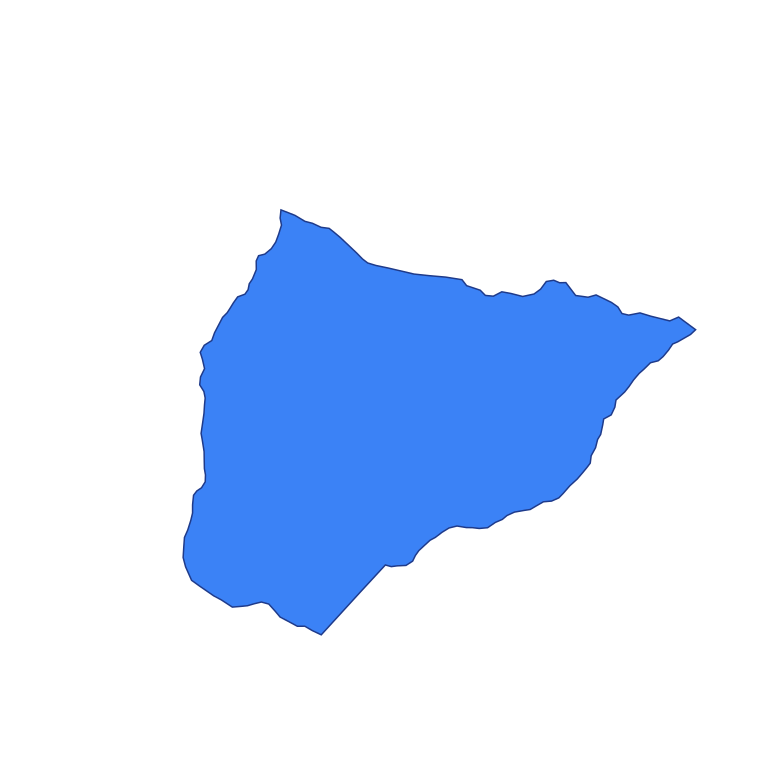 Xambrê, Paraná, Brazil, rotated 140°
{"feature_id": "56859067B85711864918383", "entity_name": "Xambrê", "entity_type": "district", "adm_level": 2, "iso_a3": "BRA", "parent_name": "Brazil", "parent_adm1": "Paraná", "projection": "orthographic", "projection_center": [-53.6, -23.75], "detail": "fine", "context": "isolated", "style": "filled", "palette": "blue", "viewbox_px": 768, "rotation_deg": 140, "n_neighbors": 0, "source": "geoboundaries", "source_scale": "gbopen_adm2", "svg_char_len": 2187}
<svg xmlns="http://www.w3.org/2000/svg" viewBox="0 0 768 768"><g transform="rotate(140 384 384)"><path d="M504.4,526.4L507.2,519.7L511.6,511.1L520.1,507.3L525.7,501.8L526.8,494.0L530.0,488.2L534.9,483.4L540.8,477.2L547.7,471.0L555.9,463.7L558.8,458.6L565.3,447.8L570.2,441.8L576.0,434.6L579.2,429.1L583.8,424.0L590.5,421.8L596.1,422.4L601.4,421.2L608.3,414.5L613.6,408.2L619.7,403.7L628.2,398.3L635.5,394.7L641.9,388.1L649.4,380.2L653.5,371.5L657.6,357.3L655.0,347.1L652.7,338.8L650.6,331.1L647.4,323.2L643.6,310.6L636.1,305.3L631.1,301.9L624.5,299.0L618.1,295.8L613.7,289.5L613.4,279.9L613.4,272.2L609.9,263.7L606.1,254.1L600.4,249.4L597.4,241.1L593.3,232.2L536.2,239.8L499.3,244.5L495.8,239.4L490.9,236.3L483.8,230.9L475.9,229.9L470.1,232.5L464.3,234.0L458.2,234.3L449.1,234.7L443.3,233.5L434.9,233.1L426.7,231.9L419.4,228.3L413.2,221.1L408.6,217.1L403.9,212.1L397.0,207.3L387.7,206.4L380.4,204.2L374.3,204.2L366.4,202.0L357.6,196.9L352.7,193.9L346.6,192.9L337.6,191.3L330.9,186.6L323.3,184.4L317.2,185.0L307.0,186.6L297.1,187.0L288.0,188.5L282.2,189.6L276.9,190.8L271.4,195.9L262.9,199.2L256.0,204.2L250.4,206.1L242.6,212.2L238.2,216.0L229.8,214.3L222.0,217.9L216.6,222.6L204.7,223.2L197.8,224.6L190.2,226.7L181.8,228.1L175.1,228.3L166.2,229.0L159.0,225.5L152.6,225.6L144.2,227.1L137.2,229.1L131.9,227.5L124.6,226.2L117.3,224.9L110.4,225.3L115.3,245.9L124.6,248.7L136.0,264.4L142.2,273.9L152.3,279.5L156.4,285.0L155.3,292.7L157.3,300.2L164.3,315.9L171.9,319.3L176.3,324.2L180.3,328.6L179.5,344.8L184.4,348.7L187.3,354.4L193.8,358.2L203.1,356.0L211.2,356.5L221.5,361.9L228.6,371.8L234.5,378.9L243.8,381.0L249.4,386.7L250.0,394.0L257.5,406.2L257.2,413.8L268.0,426.2L279.7,437.9L290.4,449.0L306.2,470.1L314.0,480.0L318.7,487.2L320.1,493.6L320.7,501.6L323.3,524.1L324.8,532.7L326.0,538.5L331.5,544.5L335.5,553.1L340.0,559.4L343.8,570.4L351.0,583.6L356.9,577.9L360.4,571.6L368.5,566.4L375.7,562.3L383.3,560.1L391.8,560.1L397.6,562.9L402.8,560.4L408.3,553.7L417.3,549.0L422.8,547.4L427.5,543.6L432.8,542.2L440.1,544.8L447.1,543.0L453.1,541.0L458.3,539.4L464.8,538.8L472.3,535.7L480.8,532.2L488.0,528.0L496.8,529.2L504.4,526.4Z" fill="#3b82f6" stroke="#1e3a8a" stroke-width="1.5"/></g></svg>